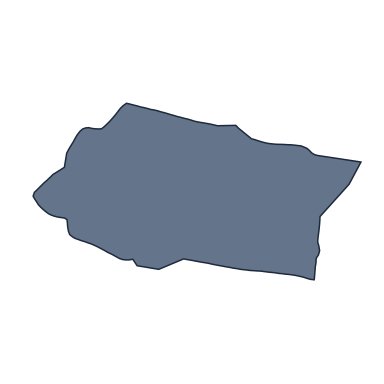 outline of Hayran, Hajjah, Yemen, rotated 201°
{"feature_id": "15242507B87254411475969", "entity_name": "Hayran", "entity_type": "district", "adm_level": 2, "iso_a3": "YEM", "parent_name": "Yemen", "parent_adm1": "Hajjah", "projection": "equal_earth", "projection_center": [43.07, 16.255], "detail": "fine", "context": "isolated", "style": "filled", "palette": "slate", "viewbox_px": 384, "rotation_deg": 201, "n_neighbors": 0, "source": "geoboundaries", "source_scale": "gbopen_adm2", "svg_char_len": 2423}
<svg xmlns="http://www.w3.org/2000/svg" viewBox="0 0 384 384"><g transform="rotate(201 192 192)"><path d="M46.5,153.8L46.6,154.6L47.7,158.3L48.9,162.4L50.0,166.0L50.9,170.4L52.3,174.6L51.4,178.6L51.8,182.9L54.2,187.0L56.8,190.5L58.0,194.6L58.9,198.3L59.9,202.4L61.2,207.1L62.4,211.1L63.1,213.2L63.7,214.9L48.1,255.6L45.0,280.5L87.9,271.1L91.1,270.8L94.3,271.4L97.2,272.8L100.2,273.9L103.6,274.1L106.9,274.1L109.9,273.3L113.9,272.3L117.2,271.3L120.1,270.3L123.0,269.4L126.5,268.2L130.0,266.9L134.6,265.6L138.5,264.6L142.6,264.0L145.9,263.7L147.8,263.6L149.0,263.5L152.2,263.4L155.5,263.0L171.4,268.2L175.0,269.9L186.3,265.3L191.9,263.0L195.0,262.6L199.1,262.0L202.8,261.3L206.8,260.5L211.2,259.6L214.9,259.0L218.7,258.8L222.5,258.5L223.5,258.3L225.9,258.0L229.1,257.7L232.8,257.2L235.9,257.0L239.7,256.6L243.1,256.4L246.4,256.1L249.9,255.7L253.1,255.5L256.2,255.1L260.1,254.3L263.5,254.0L267.0,253.6L270.2,253.0L273.2,252.8L276.6,252.4L277.5,252.3L279.8,252.0L282.8,251.7L285.0,251.3L285.3,250.8L287.3,247.8L288.8,244.5L290.0,240.5L291.1,236.8L292.5,232.8L294.0,228.8L295.6,225.2L297.2,221.8L299.1,218.6L302.0,217.3L305.1,216.3L308.2,215.5L311.4,215.1L314.3,213.7L316.8,211.5L318.5,208.1L319.8,203.4L320.4,199.5L320.9,195.6L321.3,193.8L321.7,191.7L322.4,187.6L322.9,183.4L320.0,169.3L328.1,158.5L329.5,155.3L331.2,151.8L331.4,151.2L333.4,147.6L335.6,142.7L337.2,139.0L339.0,135.2L338.9,132.5L338.8,131.1L336.2,129.0L333.5,127.1L330.7,125.0L327.8,123.6L324.8,122.4L321.7,121.3L318.2,120.3L315.1,120.0L311.7,120.1L308.5,120.5L305.2,121.2L301.7,122.0L298.8,121.4L297.1,118.1L295.7,115.1L295.3,114.4L293.3,111.1L290.9,108.4L287.8,107.4L284.7,106.8L281.4,106.9L278.4,106.9L275.5,107.1L274.3,107.2L270.1,107.3L267.1,107.4L263.0,107.2L259.6,106.9L256.4,106.5L252.4,106.0L248.9,105.4L245.2,105.2L242.2,104.8L238.7,104.3L235.5,103.9L232.4,104.1L229.3,104.9L226.1,106.2L223.2,108.0L216.8,103.5L195.3,107.9L176.1,126.3L175.9,126.5L172.7,127.1L169.3,127.8L166.2,128.4L162.6,129.0L159.0,129.7L155.1,130.5L151.3,131.3L147.4,131.8L144.0,132.4L139.7,133.2L136.5,133.8L132.8,134.5L129.4,135.2L126.2,135.7L122.4,136.6L119.4,137.1L116.2,137.9L113.3,138.7L110.2,139.4L106.4,140.6L102.7,141.7L102.2,141.9L99.4,142.8L95.6,143.7L91.9,144.6L88.7,145.5L85.3,146.4L81.8,147.1L78.3,148.1L75.2,148.8L71.9,149.8L68.5,150.6L65.2,151.3L61.9,151.8L57.5,152.4L53.2,152.6L50.2,152.9L46.5,153.8Z" fill="#64748b" stroke="#1e293b" stroke-width="1.5"/></g></svg>